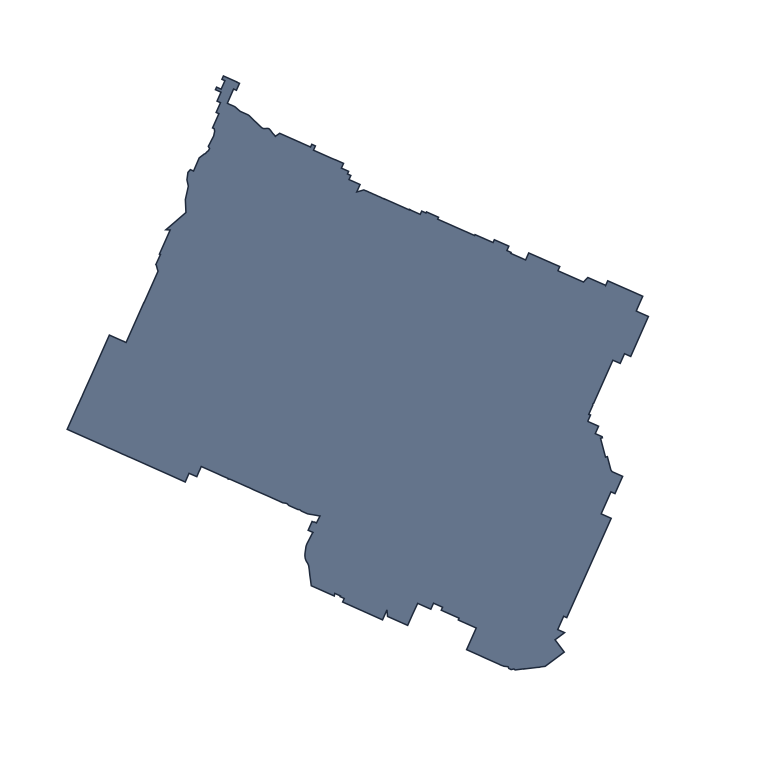 Kellerberrin, Western Australia, Australia, rotated 114°
{"feature_id": "25037944B15582539719607", "entity_name": "Kellerberrin", "entity_type": "district", "adm_level": 2, "iso_a3": "AUS", "parent_name": "Australia", "parent_adm1": "Western Australia", "projection": "albers", "projection_center": [117.81, -31.577], "detail": "fine", "context": "isolated", "style": "filled", "palette": "slate", "viewbox_px": 768, "rotation_deg": 114, "n_neighbors": 0, "source": "geoboundaries", "source_scale": "gbopen_adm2", "svg_char_len": 5883}
<svg xmlns="http://www.w3.org/2000/svg" viewBox="0 0 768 768"><g transform="rotate(114 384 384)"><path d="M544.8,517.3L539.3,517.4L538.1,517.4L537.5,517.3L537.0,517.3L533.7,517.4L533.7,511.0L533.7,507.4L533.7,501.6L533.7,499.1L533.8,494.4L533.7,488.8L533.7,488.3L533.7,488.2L533.8,487.9L534.3,487.6L534.0,487.2L533.8,486.7L533.7,486.1L533.6,485.6L533.6,485.0L533.6,466.3L533.5,466.1L533.6,462.8L533.7,459.8L533.6,446.6L533.7,428.4L533.7,428.1L533.6,427.9L533.1,426.0L533.0,425.9L532.8,424.5L532.7,424.3L532.8,423.8L532.8,423.6L533.0,423.1L533.3,422.5L533.5,421.9L533.6,421.7L533.7,421.3L533.7,419.0L533.7,416.4L533.7,412.1L533.7,411.6L533.2,410.1L533.1,409.9L533.3,409.2L533.6,408.1L533.7,407.8L533.7,407.7L533.7,406.9L533.7,406.1L533.7,403.4L533.7,402.2L533.7,401.4L533.7,401.0L533.6,400.6L533.3,399.4L533.0,398.1L532.5,396.4L532.2,395.2L532.0,394.3L531.6,392.8L531.5,392.3L531.1,390.6L530.6,388.8L538.4,389.2L538.3,391.3L538.8,392.1L538.8,393.8L548.5,393.8L548.5,388.5L549.0,388.6L549.4,388.7L550.1,388.8L550.4,388.8L552.3,388.9L557.8,389.2L560.8,389.4L561.5,389.4L562.1,389.4L562.8,389.3L563.3,389.3L563.9,389.2L564.5,389.1L571.1,387.2L572.1,386.8L573.1,386.4L573.6,386.1L574.1,385.8L574.6,385.5L575.1,385.2L575.5,384.9L575.9,384.5L576.4,384.1L577.1,383.3L577.7,382.6L578.7,381.0L579.0,380.7L579.3,380.3L579.6,380.0L579.9,379.6L580.3,379.3L580.7,378.9L581.1,378.6L581.6,378.3L584.3,376.6L588.5,374.2L592.8,371.5L597.9,368.4L597.9,343.2L595.3,343.8L595.3,337.6L596.1,337.6L596.1,333.1L600.0,333.1L600.1,289.4L589.1,289.4L589.5,289.2L594.9,286.2L594.9,264.2L582.8,264.2L570.7,264.0L570.7,249.6L564.1,249.6L564.1,239.7L567.4,239.7L567.4,220.2L569.2,220.2L569.3,220.2L569.4,218.5L569.4,216.1L569.4,207.5L569.4,200.5L578.6,200.5L582.4,200.5L589.4,200.5L590.9,200.5L593.1,200.5L593.1,198.4L593.1,195.1L593.1,190.6L593.2,179.6L593.2,173.8L593.2,170.2L593.2,164.4L593.3,164.0L593.3,162.9L593.2,161.4L593.1,161.1L593.1,159.7L591.8,155.7L593.1,154.3L593.2,151.7L591.5,149.4L591.9,147.9L587.1,140.0L587.3,140.0L580.6,128.8L579.7,127.0L578.5,125.5L576.5,122.1L576.3,121.9L555.6,110.3L548.1,123.7L537.7,117.9L537.7,125.4L523.1,125.4L523.1,122.0L472.9,121.9L414.3,121.8L414.3,132.7L413.7,132.8L390.2,132.8L390.2,128.4L371.3,128.4L371.3,140.0L370.2,141.8L359.5,150.4L360.7,151.9L345.5,164.1L344.3,162.6L343.4,163.3L343.4,170.8L335.3,170.8L335.3,182.2L335.1,182.6L334.8,182.7L328.3,182.7L328.3,183.5L328.5,183.4L328.5,184.6L318.4,184.6L317.4,185.1L316.4,184.8L316.3,184.6L269.2,184.6L269.1,176.6L258.5,176.6L258.5,169.8L214.8,169.9L214.8,177.8L214.8,180.6L214.7,183.2L211.6,183.3L198.6,183.3L198.7,221.6L203.8,221.6L203.7,221.7L203.8,241.1L206.7,242.2L209.7,243.2L209.8,271.0L209.7,271.2L205.2,271.2L205.3,279.1L205.4,305.1L213.1,305.1L213.1,321.4L212.1,321.4L212.1,326.0L207.3,326.0L207.3,334.0L207.3,338.3L207.3,339.4L207.3,341.9L210.4,341.9L210.5,361.6L211.5,361.6L211.6,402.0L209.5,402.0L209.5,415.2L210.7,415.2L210.7,419.9L214.3,419.9L214.3,430.4L214.3,430.7L214.3,430.9L214.1,430.9L214.1,431.9L214.7,431.8L214.7,459.0L214.9,458.9L214.9,461.6L214.8,462.5L214.8,463.0L214.8,463.4L214.8,463.8L214.8,464.8L214.9,465.9L214.8,467.6L214.8,469.1L214.8,469.4L214.9,470.1L214.8,470.5L214.9,471.9L214.8,472.4L214.8,472.8L214.8,474.6L214.9,475.1L214.9,475.6L214.9,475.8L214.8,476.2L214.8,477.4L214.8,479.0L214.9,479.4L214.9,479.5L214.9,481.3L215.0,481.5L218.1,485.1L219.6,487.0L211.5,487.0L211.5,499.1L207.0,499.1L207.0,502.8L204.1,502.8L204.1,510.7L199.0,510.7L198.9,510.7L198.9,512.2L198.9,515.4L198.9,519.6L199.0,519.7L199.1,523.6L199.1,543.5L194.4,543.5L194.4,547.5L197.4,547.5L197.4,581.3L199.7,582.6L201.0,583.5L202.0,584.0L201.8,584.3L201.3,585.1L200.2,587.8L199.8,588.4L199.6,588.8L199.1,589.6L198.6,590.5L198.1,591.5L197.9,592.1L197.6,592.8L197.6,593.3L197.7,593.8L197.8,594.2L198.1,594.9L198.9,596.3L199.2,597.0L199.5,597.5L199.6,598.0L199.7,598.4L199.7,598.7L199.7,599.1L199.6,599.7L199.5,600.2L199.0,601.6L198.6,602.8L197.1,606.9L196.2,609.7L193.7,616.2L193.6,616.7L193.5,617.1L193.4,618.0L193.4,620.5L193.4,624.7L193.4,626.0L193.4,626.3L193.1,627.2L192.8,628.4L192.1,630.5L191.4,632.7L191.4,633.2L191.4,633.4L191.3,633.8L191.3,637.0L191.4,638.8L191.3,640.0L191.3,640.5L191.3,640.9L191.2,641.3L190.8,641.3L175.7,641.4L175.7,638.3L168.1,638.3L168.1,641.2L167.9,641.2L167.9,656.0L171.6,656.0L171.6,652.7L180.9,652.7L180.9,657.7L183.7,657.7L183.7,651.6L193.5,651.6L193.5,647.8L204.2,647.8L204.2,644.8L219.8,644.8L219.8,643.3L219.8,643.1L219.9,642.9L220.1,642.8L221.8,641.6L222.0,641.5L222.2,641.4L222.4,641.4L226.7,640.5L227.1,640.5L231.6,640.8L234.3,640.9L236.2,641.0L238.3,641.2L238.5,641.0L239.7,639.2L239.8,639.1L240.0,639.1L242.0,639.3L242.3,639.3L243.5,640.0L244.3,640.3L245.0,640.5L245.4,640.7L245.6,640.7L246.0,640.9L246.2,641.0L246.5,641.2L246.9,641.6L247.2,641.9L247.7,642.2L248.4,642.5L250.0,643.4L252.6,644.8L266.9,644.6L266.9,648.1L270.4,649.2L277.6,647.1L282.9,643.2L296.3,640.5L307.9,634.7L328.7,644.5L331.8,646.0L330.3,642.0L356.7,642.0L356.6,640.9L367.7,641.0L367.7,640.9L367.8,640.7L368.2,640.2L368.4,640.0L369.4,639.3L369.9,638.8L370.9,638.1L372.5,636.6L372.7,636.4L372.9,636.3L374.9,636.3L377.8,636.3L386.7,636.3L389.9,636.3L399.4,636.3L402.8,636.3L405.9,636.3L407.3,636.3L407.3,636.5L450.7,636.5L451.0,636.5L451.0,638.6L450.9,638.7L450.9,638.8L450.9,639.1L450.9,639.5L451.0,640.1L451.0,643.2L451.0,645.3L451.0,646.3L451.0,654.3L451.0,654.8L454.1,654.8L457.6,654.8L458.6,654.8L465.4,654.8L469.8,654.8L479.5,654.8L483.1,654.8L486.0,654.8L490.2,654.8L493.1,654.8L494.3,654.8L509.8,654.9L516.1,654.9L518.5,654.8L519.5,654.9L527.0,654.9L527.5,654.9L527.5,655.0L554.3,655.0L554.3,649.1L554.3,642.1L554.3,635.9L554.3,634.4L554.3,628.9L554.3,626.8L554.3,618.9L554.3,618.1L554.3,615.3L554.4,610.2L554.3,607.3L554.3,598.0L554.4,594.9L554.3,590.9L554.4,587.9L554.3,587.7L554.3,543.3L554.4,525.7L544.9,525.8L544.8,517.3Z" fill="#64748b" stroke="#1e293b" stroke-width="1.5"/></g></svg>